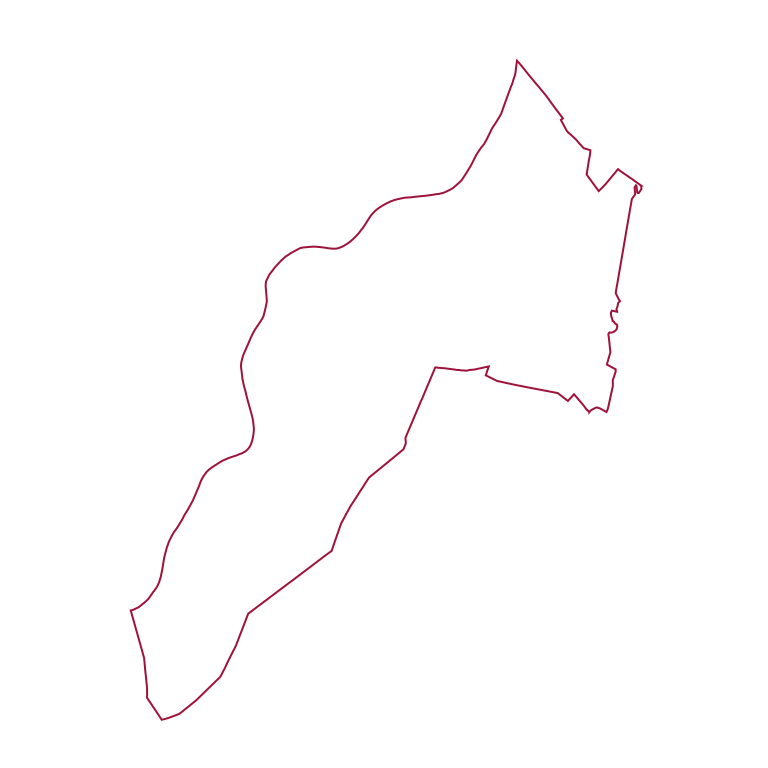 outline of Bergen (L), Limburg, Netherlands, rotated 82°
{"feature_id": "6326949B45872879397854", "entity_name": "Bergen (L)", "entity_type": "district", "adm_level": 2, "iso_a3": "NLD", "parent_name": "Netherlands", "parent_adm1": "Limburg", "projection": "natural_earth1", "projection_center": [6.089, 51.59], "detail": "fine", "context": "isolated", "style": "outline", "palette": "rose", "viewbox_px": 768, "rotation_deg": 82, "n_neighbors": 0, "source": "geoboundaries", "source_scale": "gbopen_adm2", "svg_char_len": 6035}
<svg xmlns="http://www.w3.org/2000/svg" viewBox="0 0 768 768"><g transform="rotate(82 384 384)"><path d="M573.0,666.3L621.9,659.7L628.6,660.0L634.4,660.3L646.1,660.7L648.9,660.8L652.8,661.0L653.2,661.1L657.3,661.6L660.5,662.1L661.8,662.3L674.6,656.1L685.6,650.8L684.8,644.4L682.2,632.6L671.1,614.0L659.5,598.2L651.3,587.0L648.9,585.2L643.0,581.0L637.5,577.5L633.5,574.7L633.3,574.6L622.6,567.1L612.1,561.3L607.9,558.9L605.3,557.5L592.6,550.5L579.1,526.2L571.3,512.1L571.1,511.8L571.1,511.7L562.1,495.4L560.3,492.2L553.0,479.1L545.5,465.7L542.0,459.1L532.7,454.4L516.4,446.0L507.8,439.8L500.6,434.4L491.5,426.5L486.2,422.0L483.7,419.7L480.2,416.8L474.5,411.8L469.2,403.0L463.0,392.8L451.4,373.8L447.1,371.4L445.8,370.7L445.1,370.6L441.1,370.3L440.2,370.2L415.0,355.1L405.9,349.7L403.4,348.0L392.5,341.6L390.1,340.1L386.9,338.2L377.7,332.7L374.8,331.0L374.7,330.7L375.6,327.5L376.1,325.2L376.4,323.8L376.7,322.3L379.5,312.1L380.2,309.9L380.4,309.0L380.5,308.0L381.0,306.3L381.3,305.5L381.7,303.0L382.3,300.5L382.0,297.1L382.1,295.6L382.3,292.9L381.6,283.4L381.2,277.8L382.7,278.6L389.6,282.0L396.7,271.6L400.5,261.4L400.7,260.9L400.8,260.6L403.6,252.9L409.3,236.4L409.4,236.0L412.1,228.1L414.3,221.6L414.7,220.5L417.1,213.3L426.4,204.2L425.9,203.7L423.6,200.8L420.6,197.3L424.3,194.8L427.0,193.2L432.6,189.6L438.2,186.5L438.1,186.2L440.4,184.7L440.6,184.7L439.6,183.7L438.9,182.8L438.7,182.5L437.1,178.1L436.8,176.8L436.8,176.5L436.9,176.2L437.3,175.6L438.1,173.8L438.5,173.2L440.1,171.0L442.7,167.6L439.6,165.7L418.0,157.7L416.4,157.4L413.2,157.1L412.5,157.0L412.0,156.9L411.6,156.7L407.7,154.7L403.9,152.8L403.1,152.9L401.7,152.5L398.9,156.4L396.2,159.9L395.8,160.6L392.1,159.0L390.3,158.2L384.0,155.4L370.1,154.9L368.6,154.9L366.9,154.9L366.2,154.9L365.8,154.9L365.7,154.8L364.3,153.6L364.8,151.9L364.7,150.5L364.5,149.8L364.2,149.4L364.0,148.4L362.4,146.2L359.3,144.9L358.2,144.9L357.6,145.1L356.5,146.5L355.0,147.5L354.6,147.6L353.9,148.0L353.8,148.4L353.6,148.8L352.9,148.7L352.4,148.9L351.4,149.0L349.5,149.3L349.1,149.4L347.9,149.5L346.0,149.6L344.6,149.2L343.9,148.7L343.1,148.1L344.9,143.1L344.4,143.1L344.0,143.1L342.8,143.3L342.2,143.3L341.7,143.2L340.4,142.4L339.7,142.0L337.0,141.1L336.4,140.8L336.0,140.5L334.8,138.7L333.7,139.3L332.5,139.9L326.3,141.9L324.6,141.4L321.6,140.5L317.7,139.2L312.1,137.4L278.4,126.6L274.0,125.2L267.9,123.3L260.5,120.9L235.3,112.8L231.0,108.8L224.4,108.6L222.3,106.9L223.0,106.4L229.3,106.6L229.7,106.3L229.8,106.2L230.3,106.0L230.3,105.1L229.8,104.7L226.7,101.9L223.4,101.8L223.4,101.7L220.5,104.7L215.2,110.2L214.1,111.5L206.3,120.0L205.4,120.9L203.8,122.4L206.5,125.3L215.5,135.2L217.2,137.1L217.3,137.3L217.8,137.9L219.7,140.3L222.9,144.5L204.8,154.2L191.1,150.0L185.6,148.1L181.9,147.2L181.2,147.1L178.3,153.4L175.0,155.7L173.0,157.1L172.0,157.8L170.5,158.6L168.3,160.1L163.1,164.3L161.5,165.8L159.7,167.2L159.4,167.4L157.4,168.3L147.1,172.1L145.9,169.9L141.7,172.2L140.7,172.7L135.8,175.5L125.8,180.9L125.2,181.1L120.3,183.8L110.3,190.0L104.0,194.0L100.8,195.9L95.1,199.4L88.6,203.2L87.7,203.8L84.1,206.1L82.4,207.3L89.4,209.3L92.6,210.1L93.6,210.4L95.8,211.1L96.5,211.4L100.9,213.6L102.9,214.5L104.0,215.0L105.1,215.6L105.8,216.0L106.9,216.7L120.1,223.8L131.8,229.9L132.7,230.3L133.8,231.2L135.2,232.3L140.2,236.4L146.0,241.5L151.7,245.3L153.4,246.5L154.4,247.1L155.8,248.1L158.5,250.1L160.4,251.6L161.0,252.2L161.5,252.8L163.2,254.7L166.8,258.0L169.6,260.4L171.3,261.7L176.6,265.3L178.4,266.6L180.7,268.3L181.8,269.2L187.7,274.1L190.2,276.3L192.4,278.2L193.0,278.8L194.5,280.7L198.0,286.0L199.5,288.3L199.7,288.6L199.8,288.9L200.8,291.5L201.6,293.9L202.7,297.5L202.9,298.6L203.3,301.8L203.4,303.2L203.3,306.3L203.4,308.9L203.4,315.5L203.3,318.9L203.1,322.0L203.0,326.0L202.9,328.0L202.9,331.3L202.7,333.7L202.5,336.2L202.4,337.4L202.5,339.5L202.7,342.3L203.2,347.6L204.1,352.0L205.5,356.4L207.1,360.6L208.9,364.5L211.3,368.7L212.5,370.1L215.2,373.4L218.0,375.9L223.6,380.6L225.4,382.3L227.0,383.7L228.9,385.8L230.2,387.0L231.7,388.7L232.5,389.6L233.3,390.6L234.8,392.5L236.5,394.9L237.1,395.9L237.8,396.8L238.6,398.3L239.2,399.3L239.9,400.8L240.4,401.9L241.2,403.7L242.1,406.0L242.6,408.0L243.1,410.1L243.3,412.5L242.8,416.2L242.1,419.2L240.5,424.4L239.2,429.6L238.6,432.2L238.2,434.5L237.8,439.4L237.7,442.8L237.6,443.9L237.6,445.6L237.6,446.6L237.7,447.3L237.8,448.1L238.4,449.9L239.4,452.6L240.6,456.0L242.0,459.2L243.1,461.5L244.1,463.6L244.2,463.8L245.6,466.0L247.5,468.7L249.1,470.7L251.1,473.2L253.4,475.9L256.2,478.7L259.8,482.4L263.1,484.6L264.7,485.7L265.1,486.0L265.8,486.4L266.3,486.6L267.6,487.0L269.1,487.3L270.2,487.5L271.6,487.7L272.4,487.7L278.3,488.0L285.8,488.5L286.1,488.6L291.9,490.6L295.4,492.0L300.2,494.0L301.0,494.5L305.1,497.8L312.3,504.3L315.4,506.6L317.9,508.3L319.9,509.6L327.1,514.0L327.3,514.1L330.8,516.3L334.5,518.6L335.0,518.9L337.2,520.0L339.2,520.9L342.5,522.2L342.8,522.3L343.8,522.6L344.6,522.8L345.7,523.0L346.6,523.1L347.5,523.2L358.4,523.4L359.3,523.5L360.0,523.4L366.2,523.0L368.5,522.7L370.0,522.4L375.6,521.9L381.8,521.2L387.6,520.4L390.1,520.1L393.5,519.6L394.4,519.5L396.9,519.2L399.6,518.9L403.7,518.8L410.7,519.1L414.6,520.0L417.9,521.0L420.2,521.8L422.1,522.6L424.8,523.9L426.2,524.8L427.0,525.4L428.1,526.3L429.5,527.8L430.7,529.5L431.9,531.7L432.0,532.0L432.5,533.4L432.8,534.0L433.6,538.0L433.9,539.1L434.3,540.4L434.6,542.4L435.6,547.7L435.7,548.3L436.0,549.3L437.4,554.3L438.7,557.5L439.9,560.1L442.0,564.7L442.6,566.0L444.6,569.5L446.8,572.4L446.9,572.5L449.6,575.0L449.8,575.3L451.5,576.5L452.1,577.1L453.3,578.0L456.3,579.8L459.0,581.2L472.3,589.2L476.2,592.0L481.9,596.4L486.2,600.0L489.4,602.2L495.0,606.7L498.6,609.8L501.2,612.5L505.5,615.7L507.1,616.8L508.5,617.8L510.6,619.2L512.9,620.3L516.1,622.0L518.1,622.8L522.3,624.6L525.6,625.9L529.4,627.1L536.3,629.2L543.9,631.9L545.4,632.6L549.0,634.3L550.3,635.1L551.6,635.9L553.8,637.5L554.8,638.4L556.3,639.9L556.7,640.2L557.9,641.6L558.2,641.8L564.0,647.2L566.5,650.7L570.9,658.0L572.6,663.5L572.9,665.3L573.0,666.3Z" fill="none" stroke="#9f1239" stroke-width="2"/></g></svg>